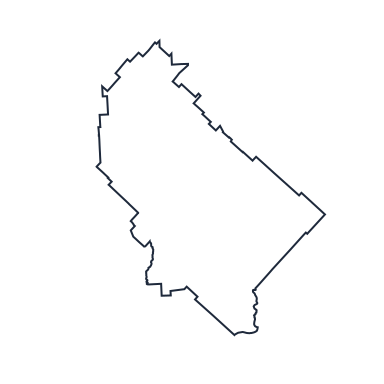 the district of Richmond, Queensland, Australia, rotated 127°
{"feature_id": "25037944B62712341328684", "entity_name": "Richmond", "entity_type": "district", "adm_level": 2, "iso_a3": "AUS", "parent_name": "Australia", "parent_adm1": "Queensland", "projection": "mercator", "projection_center": [143.266, -20.57], "detail": "fine", "context": "isolated", "style": "outline", "palette": "slate", "viewbox_px": 384, "rotation_deg": 127, "n_neighbors": 0, "source": "geoboundaries", "source_scale": "gbopen_adm2", "svg_char_len": 5273}
<svg xmlns="http://www.w3.org/2000/svg" viewBox="0 0 384 384"><g transform="rotate(127 192 192)"><path d="M156.0,74.8L154.5,74.7L129.9,72.3L126.8,104.1L130.3,104.4L128.2,129.1L127.5,137.5L126.0,154.2L125.3,162.0L130.2,162.5L130.5,162.5L129.6,172.4L129.3,175.5L129.7,175.5L128.3,191.4L127.8,191.4L127.6,191.5L126.6,191.7L126.3,191.7L126.3,191.8L126.0,193.5L125.9,195.3L126.3,195.3L125.7,203.3L125.3,203.3L125.2,203.3L125.0,203.6L122.3,209.4L128.5,210.0L127.5,219.5L124.7,219.2L124.7,219.4L123.9,226.9L123.6,230.6L121.4,230.3L120.6,238.8L120.4,241.8L120.2,243.6L120.2,244.0L110.0,243.1L109.5,246.0L114.0,246.4L113.4,253.3L112.2,265.3L116.0,265.6L115.4,273.2L115.4,273.3L115.4,273.9L108.2,273.7L104.7,273.7L93.2,271.5L92.1,272.3L96.5,277.8L102.4,284.7L93.9,291.7L97.1,292.0L95.8,305.1L90.9,309.0L95.0,309.5L94.8,311.6L96.6,311.7L103.5,311.8L105.1,311.9L105.4,311.9L113.3,312.9L113.3,313.3L112.9,317.6L112.9,318.5L117.7,319.0L125.2,319.9L125.1,321.0L125.1,321.5L124.9,323.5L130.2,323.8L132.0,323.9L134.2,324.0L138.9,324.2L143.2,324.5L143.7,318.7L151.5,319.4L154.6,319.6L159.3,320.0L162.3,320.3L161.7,327.3L169.4,320.8L166.6,317.5L173.7,311.5L180.6,305.7L186.0,312.2L195.1,304.5L195.3,304.3L196.6,305.8L198.2,304.3L202.0,300.9L202.2,301.0L203.0,300.4L202.8,300.2L206.1,297.4L211.8,292.7L213.6,291.2L216.8,288.5L217.8,287.7L220.2,285.7L223.6,282.8L227.9,283.3L229.2,283.4L229.3,282.9L230.2,273.3L230.3,272.8L230.8,267.6L231.5,267.7L232.1,262.4L236.4,262.9L236.4,262.6L239.4,235.4L239.5,235.2L241.0,222.5L241.2,222.4L241.3,222.5L241.5,222.5L241.8,222.5L244.2,222.7L246.4,222.9L250.0,223.3L252.1,223.4L252.3,221.7L252.7,220.3L253.1,219.0L253.2,218.8L253.3,218.8L253.5,218.4L253.6,217.6L253.6,217.2L259.5,217.8L263.0,212.0L263.3,208.8L263.8,204.2L264.2,199.1L264.4,197.4L263.5,196.6L257.0,196.0L256.9,196.0L257.0,195.9L257.2,195.7L257.3,195.6L257.3,195.1L257.4,194.9L257.4,194.6L257.6,194.4L257.6,194.1L257.7,193.8L258.0,193.4L258.6,193.0L258.8,192.8L259.1,192.6L259.5,192.2L259.7,191.9L259.8,191.8L259.9,191.4L259.9,191.2L259.8,190.7L259.7,190.4L259.8,190.2L260.2,189.9L260.3,189.8L260.6,189.7L260.8,189.5L260.9,189.3L260.9,189.1L261.0,188.9L261.1,188.7L261.3,188.3L261.4,188.2L261.7,188.1L262.0,187.9L262.2,187.7L262.3,187.6L262.5,187.4L263.1,187.2L263.3,187.1L263.6,187.0L263.7,186.9L263.8,186.8L264.0,186.5L264.1,186.4L264.3,186.3L264.7,186.1L264.9,186.0L265.3,185.9L265.5,185.9L265.9,185.8L266.1,185.7L266.3,185.6L266.5,185.3L266.6,185.2L266.9,185.0L267.2,184.7L267.6,184.5L267.8,184.4L268.0,184.2L268.3,183.9L268.5,183.5L268.6,183.4L268.8,183.2L269.0,183.0L269.1,182.8L269.3,182.7L269.9,182.6L270.2,182.6L270.4,182.6L270.5,182.6L270.9,182.8L271.0,182.9L271.7,182.9L272.0,182.8L272.4,182.7L272.7,182.5L272.9,182.3L272.9,182.1L273.0,181.9L273.1,181.7L273.3,181.4L273.9,181.0L274.2,180.9L274.6,180.8L274.9,180.7L275.2,180.6L275.6,180.6L275.9,180.6L276.3,180.5L276.6,180.4L276.8,180.4L277.1,180.5L277.3,180.6L277.6,180.8L278.0,180.9L278.2,181.0L278.4,181.0L278.7,181.1L278.8,180.9L279.0,180.8L279.3,180.7L279.5,180.6L280.5,180.4L280.9,180.5L281.2,180.5L281.5,180.6L282.3,180.7L282.5,180.7L282.6,180.8L282.8,180.8L283.2,180.7L283.5,180.6L283.6,180.4L283.7,180.2L283.8,180.1L284.1,179.9L284.3,179.8L284.4,179.7L284.5,179.7L284.8,179.3L285.0,179.1L285.4,178.8L285.7,178.7L285.9,178.6L286.0,178.4L286.3,178.1L286.5,177.9L286.7,177.6L286.9,177.4L287.2,177.1L287.3,177.0L287.5,177.0L287.7,176.9L288.0,176.8L288.5,176.7L288.8,176.5L289.0,176.3L289.1,176.2L289.2,175.9L289.2,175.6L289.2,175.4L289.2,175.1L289.2,174.7L289.3,174.5L289.5,174.4L289.8,174.4L290.0,174.4L290.2,174.5L290.3,174.5L290.5,174.5L290.8,174.5L291.0,174.4L291.2,174.2L291.3,174.1L291.3,173.8L291.2,173.6L291.0,173.4L291.0,173.2L291.0,172.9L291.2,172.7L291.3,172.7L291.5,172.7L291.6,172.8L291.8,172.9L291.9,173.0L292.1,173.1L292.3,173.0L292.5,172.9L292.7,172.7L292.7,172.4L292.6,172.2L292.4,171.8L292.4,171.7L291.7,170.7L283.9,161.4L293.1,153.8L287.4,146.7L284.0,149.6L274.2,139.6L270.8,139.3L272.3,124.6L276.0,124.9L278.0,100.9L280.7,72.0L280.1,72.0L277.4,70.8L276.6,70.4L273.4,67.4L273.2,67.1L272.7,66.0L271.8,63.8L271.3,62.8L270.8,62.1L270.1,61.0L269.3,60.3L268.9,59.7L267.9,58.9L267.2,58.3L266.6,57.9L265.4,57.2L263.8,56.7L262.4,57.1L261.2,57.7L260.5,58.1L260.7,58.5L260.9,59.1L261.1,60.0L261.2,60.8L261.0,61.4L260.7,62.1L260.4,62.6L259.8,63.1L258.9,63.6L258.5,63.9L257.1,64.5L256.6,64.7L255.8,65.0L255.5,65.3L255.3,65.6L254.8,65.8L254.7,66.2L254.6,66.6L254.3,66.9L254.0,67.1L253.8,67.2L253.6,67.3L253.3,67.7L253.3,68.0L253.2,68.2L252.9,68.2L252.4,68.1L252.0,68.1L251.7,68.0L251.6,67.8L251.3,67.8L251.1,68.1L250.6,68.2L250.1,68.3L249.9,68.1L249.6,68.0L248.9,68.4L248.4,68.7L248.2,69.0L247.9,69.3L247.5,69.3L247.4,69.5L247.4,69.8L247.4,70.3L247.4,70.8L247.5,71.9L246.8,73.0L246.2,73.9L245.0,74.0L244.4,73.9L242.5,72.9L241.9,72.8L241.4,73.0L241.1,73.5L240.9,73.9L240.8,74.4L240.4,74.9L239.4,75.4L238.6,75.8L237.8,76.4L237.2,77.2L236.9,77.8L236.4,79.3L235.9,80.0L235.4,80.9L235.3,81.2L235.2,82.7L235.1,83.0L234.9,83.3L234.2,83.9L234.0,84.0L233.7,84.2L233.4,84.1L233.1,83.9L232.8,83.3L232.6,83.0L232.4,82.7L232.1,82.5L231.9,82.3L231.6,82.4L231.4,82.7L230.8,83.4L228.0,83.1L224.6,82.8L208.4,81.5L205.2,81.3L198.9,80.7L178.1,78.7L158.7,77.0L155.9,76.7L156.0,74.8Z" fill="none" stroke="#1e293b" stroke-width="2"/></g></svg>